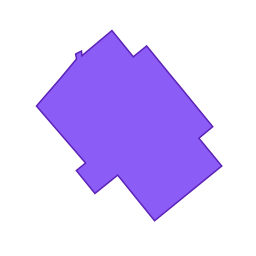 outline of Tuscarawas, Ohio, United States of America, rotated 319°
{"feature_id": "52423323B94424103890514", "entity_name": "Tuscarawas", "entity_type": "district", "adm_level": 2, "iso_a3": "USA", "parent_name": "United States of America", "parent_adm1": "Ohio", "projection": "equal_earth", "projection_center": [-81.461, 40.441], "detail": "fine", "context": "isolated", "style": "filled", "palette": "violet", "viewbox_px": 256, "rotation_deg": 319, "n_neighbors": 0, "source": "geoboundaries", "source_scale": "gbopen_adm2", "svg_char_len": 406}
<svg xmlns="http://www.w3.org/2000/svg" viewBox="0 0 256 256"><g transform="rotate(319 128 128)"><path d="M194.4,130.7L194.8,113.5L195.9,78.3L178.7,77.7L179.8,43.9L140.6,43.2L143.4,39.4L137.0,37.8L134.5,42.1L108.2,46.4L79.3,50.5L73.3,51.4L73.0,126.6L61.1,126.2L60.1,155.7L89.3,156.8L87.2,215.4L173.8,218.2L174.8,182.2L192.8,182.6L194.4,130.7Z" fill="#8b5cf6" stroke="#5b21b6" stroke-width="1.5"/></g></svg>